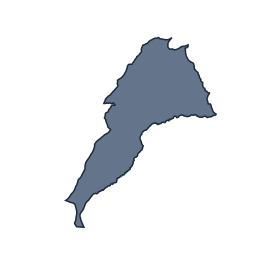 outline of Herrán, Norte de Santander, Colombia, rotated 62°
{"feature_id": "7082276B14743342405836", "entity_name": "Herrán", "entity_type": "district", "adm_level": 2, "iso_a3": "COL", "parent_name": "Colombia", "parent_adm1": "Norte de Santander", "projection": "natural_earth1", "projection_center": [-72.49, 7.478], "detail": "fine", "context": "isolated", "style": "filled", "palette": "slate", "viewbox_px": 256, "rotation_deg": 62, "n_neighbors": 0, "source": "geoboundaries", "source_scale": "gbopen_adm2", "svg_char_len": 5803}
<svg xmlns="http://www.w3.org/2000/svg" viewBox="0 0 256 256"><g transform="rotate(62 128 128)"><path d="M81.1,115.0L81.9,115.2L82.7,115.8L83.1,116.3L83.4,116.5L84.5,116.8L85.2,116.8L85.9,117.0L86.7,118.0L87.1,119.4L88.5,122.7L88.6,123.5L90.6,128.6L90.6,130.3L91.2,132.4L92.0,134.4L93.0,135.3L94.0,136.6L95.0,137.8L95.8,136.4L95.7,135.4L96.2,135.0L96.5,134.3L97.0,133.7L97.0,132.7L97.2,132.4L98.3,131.6L98.9,130.9L99.0,130.3L98.9,129.4L99.6,129.0L101.6,128.6L101.6,128.8L101.5,129.5L100.8,130.5L100.5,131.4L100.5,131.7L100.7,132.4L101.0,132.9L102.0,133.9L102.6,136.0L103.0,136.8L104.4,137.8L104.3,139.7L104.3,140.6L104.5,141.0L105.3,141.7L107.1,142.8L107.7,143.9L108.3,144.1L109.5,143.8L110.1,143.8L113.1,144.5L115.9,144.7L117.1,145.2L117.7,145.3L119.6,144.7L120.6,144.2L121.2,144.1L122.9,147.4L123.0,151.9L123.3,152.9L123.6,154.6L124.2,157.0L124.8,160.6L125.2,162.2L126.3,164.4L126.6,164.9L127.4,165.6L128.6,166.1L129.5,166.9L130.0,167.6L130.9,168.3L132.7,170.8L134.0,173.2L135.7,175.9L138.0,180.5L138.7,181.4L139.4,182.2L140.7,183.3L143.6,185.0L144.5,185.8L147.4,190.2L149.5,193.0L150.0,195.5L150.4,196.2L151.3,197.2L152.4,198.1L154.5,200.2L154.8,201.2L155.4,202.0L156.2,202.6L156.8,203.3L158.0,204.9L158.9,206.7L159.7,209.2L161.8,212.9L162.4,214.9L162.8,217.1L163.3,216.5L165.6,214.7L167.0,213.4L168.0,212.1L169.5,211.1L170.9,210.8L172.8,211.1L174.8,211.7L176.9,212.1L178.9,213.1L180.1,213.8L182.4,215.7L184.5,217.1L185.0,217.5L186.7,219.6L187.1,219.9L187.6,220.0L191.0,219.7L194.9,213.5L186.6,212.8L185.1,212.2L183.1,211.8L181.4,210.6L180.6,209.2L179.0,205.8L174.8,201.0L173.8,199.0L173.2,196.5L171.6,193.4L169.8,189.3L170.3,188.5L170.5,187.3L171.3,186.5L171.5,185.8L171.3,185.1L170.8,184.7L170.6,184.3L170.9,183.7L170.6,183.3L170.6,182.8L171.0,181.8L170.7,180.9L170.6,180.1L171.0,179.8L171.0,179.5L170.8,179.2L171.2,178.9L171.0,178.7L171.0,178.1L170.5,177.1L170.1,175.8L170.2,174.3L170.0,173.3L169.9,172.6L170.0,172.0L170.4,171.5L170.4,171.1L170.1,170.4L169.5,169.7L169.7,169.1L169.7,168.4L170.5,167.9L170.3,167.5L169.8,167.2L169.7,166.8L169.8,166.1L170.3,165.1L170.5,164.0L170.4,163.6L170.1,163.2L169.4,162.9L168.9,162.3L168.1,162.2L167.7,161.6L167.8,160.9L167.3,160.3L167.6,159.8L167.6,158.8L167.4,158.1L167.5,157.6L167.0,156.7L167.4,155.7L167.0,155.3L166.8,154.8L166.9,154.4L167.4,154.0L167.4,153.5L167.1,152.7L166.3,151.9L166.3,151.6L166.6,151.2L166.6,150.8L165.7,149.9L165.7,149.5L166.1,149.2L166.1,148.8L165.6,147.8L165.6,146.5L165.3,145.5L165.0,145.0L164.4,145.1L164.1,144.9L163.8,143.0L163.3,142.2L162.7,141.5L162.3,140.8L162.0,140.5L161.6,140.5L161.4,140.0L161.0,139.8L160.7,139.4L159.9,139.1L159.7,138.7L159.7,138.1L159.4,137.7L158.3,137.5L157.5,136.9L157.2,135.9L157.5,134.4L157.3,133.2L156.8,132.5L155.8,131.9L155.1,131.2L154.9,130.3L154.9,129.3L154.6,128.8L154.4,128.1L154.0,127.3L153.7,125.9L153.4,125.4L152.7,124.9L152.3,124.2L151.4,123.8L150.9,122.9L150.1,123.2L147.8,123.3L146.4,122.7L144.1,122.7L143.1,122.4L142.3,122.1L141.8,121.7L140.7,120.5L140.4,120.0L140.2,119.0L140.0,118.8L139.5,118.6L139.0,118.1L138.5,117.3L138.4,116.6L138.0,115.6L137.9,115.2L138.3,112.9L138.3,112.1L137.8,110.9L137.2,109.8L136.9,109.2L136.8,108.0L136.6,107.7L136.4,107.0L136.2,106.5L136.2,106.1L135.8,105.2L135.7,104.6L135.9,103.6L135.8,103.1L136.1,102.3L136.6,101.8L137.2,100.4L137.6,100.3L138.0,100.5L138.3,100.5L138.9,100.0L139.1,99.3L139.2,97.5L139.5,96.8L139.1,95.4L139.1,94.7L140.6,92.8L140.6,92.5L139.8,91.4L139.6,90.3L139.8,89.3L140.0,89.1L140.4,89.0L140.6,88.9L140.8,88.5L140.6,88.2L140.1,87.9L139.7,87.5L139.9,87.1L140.5,86.8L140.6,86.5L140.3,84.9L140.6,84.4L140.6,83.5L139.7,82.4L139.5,81.9L139.6,81.1L139.9,80.5L140.2,80.2L141.5,80.1L141.8,79.9L142.0,79.6L142.1,78.4L141.4,77.3L141.3,76.5L141.4,75.5L142.1,74.0L142.4,73.4L143.7,72.9L144.5,71.6L145.2,71.0L145.7,70.5L146.5,68.2L146.2,66.2L146.6,65.3L147.5,64.1L147.7,63.1L148.4,61.9L148.7,61.4L149.6,61.6L149.9,61.5L151.1,60.3L151.9,59.8L152.4,59.3L152.5,58.7L153.4,57.4L153.3,55.7L153.6,54.6L154.1,54.0L154.6,53.7L155.8,53.3L156.0,53.0L156.3,51.4L157.1,49.5L157.1,46.3L157.6,45.1L157.5,44.3L157.2,43.7L156.6,43.9L155.5,44.6L154.8,44.7L154.2,45.1L153.5,45.2L150.5,44.7L148.7,44.7L147.6,44.1L145.9,44.0L145.4,44.1L144.4,45.9L143.7,45.6L142.6,45.3L139.9,44.8L139.4,44.6L138.8,44.2L138.1,43.3L136.9,42.2L135.9,40.1L135.7,39.9L135.1,39.7L134.2,40.9L132.5,41.3L131.9,41.7L131.4,42.2L130.9,42.2L130.2,41.8L129.1,41.7L128.2,42.2L127.3,42.4L126.6,42.4L126.1,42.3L123.7,41.2L123.1,40.7L122.8,40.7L122.1,41.2L121.3,41.5L120.7,41.5L120.0,41.4L119.2,40.8L117.4,41.2L116.7,41.1L115.4,40.6L114.7,40.6L113.8,40.8L113.5,40.6L111.7,40.2L110.8,40.7L109.3,41.2L108.2,41.2L107.4,41.6L106.9,41.6L103.7,40.3L101.6,39.9L100.2,40.7L98.8,41.7L97.2,42.5L96.2,42.8L92.0,42.8L88.7,41.9L87.3,41.3L86.9,41.0L85.8,40.6L84.4,40.2L84.5,39.1L84.8,38.1L84.8,37.8L84.1,36.5L83.9,36.4L83.8,36.5L83.6,36.5L82.8,36.0L82.7,37.1L82.5,37.5L82.6,38.1L82.6,38.6L81.8,40.7L81.5,42.0L81.1,42.9L81.4,43.6L81.6,45.0L81.5,45.6L81.6,46.3L81.4,47.6L81.5,48.4L81.0,49.4L81.0,50.2L80.1,50.8L79.5,51.6L79.1,51.6L78.9,51.8L78.6,53.0L78.3,54.0L77.3,54.2L76.9,54.5L76.4,54.7L75.7,54.8L74.5,54.4L72.1,53.0L71.5,52.5L70.4,50.6L68.8,46.8L69.0,49.4L68.9,50.9L68.0,52.7L67.9,53.2L67.4,53.6L66.9,54.5L65.2,56.4L64.6,57.6L64.2,57.9L63.4,58.1L62.3,58.7L62.3,59.9L62.2,60.3L61.4,62.0L61.3,63.0L61.2,63.6L61.3,65.9L61.1,67.2L61.4,68.6L62.3,71.1L62.4,71.8L62.3,72.1L62.1,72.5L62.2,74.3L61.8,75.9L62.0,76.3L63.4,77.7L63.7,78.4L64.1,78.8L65.5,79.7L66.4,79.9L67.4,81.0L68.0,82.7L69.0,84.8L69.1,85.3L69.0,86.4L69.1,86.7L70.1,87.8L70.9,89.7L72.1,91.7L72.7,93.1L73.6,94.5L73.5,95.0L73.2,95.5L72.6,96.3L72.3,97.0L72.2,97.6L72.3,97.9L72.8,99.1L74.4,100.4L74.9,101.1L76.6,102.7L79.4,106.9L79.8,108.3L80.5,110.1L80.7,112.1L80.7,114.1L81.0,114.6L81.1,115.0Z" fill="#64748b" stroke="#1e293b" stroke-width="1.5"/></g></svg>